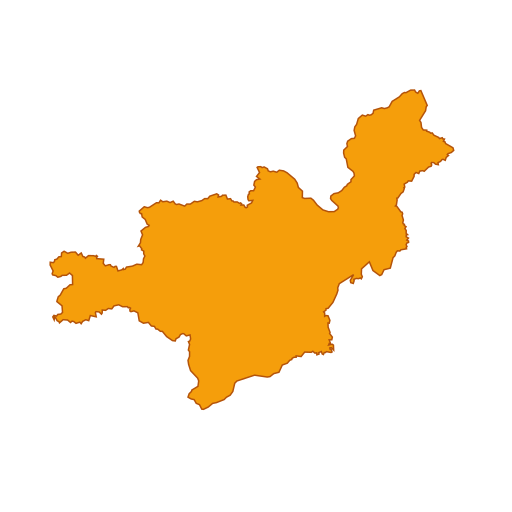 the district of Guiratinga, Mato Grosso, Brazil, rotated 353°
{"feature_id": "56859067B65545118773628", "entity_name": "Guiratinga", "entity_type": "district", "adm_level": 2, "iso_a3": "BRA", "parent_name": "Brazil", "parent_adm1": "Mato Grosso", "projection": "mercator", "projection_center": [-53.603, -16.377], "detail": "fine", "context": "isolated", "style": "filled", "palette": "amber", "viewbox_px": 512, "rotation_deg": 353, "n_neighbors": 0, "source": "geoboundaries", "source_scale": "gbopen_adm2", "svg_char_len": 6097}
<svg xmlns="http://www.w3.org/2000/svg" viewBox="0 0 512 512"><g transform="rotate(353 256 256)"><path d="M318.7,353.0L319.3,351.9L318.4,348.1L321.0,348.4L321.9,345.8L319.6,341.9L320.2,340.9L318.9,335.4L319.3,331.3L320.5,331.6L321.5,328.9L320.2,324.1L318.2,323.6L316.8,324.2L317.2,320.9L316.3,319.7L318.8,318.3L319.1,316.8L321.2,316.7L326.7,311.4L331.5,303.6L333.2,299.9L333.2,297.6L335.3,293.6L350.6,286.4L346.6,291.7L346.8,294.0L349.2,295.1L350.4,292.5L350.3,291.1L352.8,290.5L355.0,291.0L356.9,290.5L357.7,291.5L359.0,289.6L358.3,286.9L359.2,281.6L367.8,275.6L370.3,284.7L376.5,290.5L378.5,289.8L381.4,285.2L387.8,284.4L391.8,274.4L393.8,272.8L395.6,269.4L397.0,268.1L399.4,268.6L400.6,267.5L406.3,267.2L406.1,265.7L407.0,265.1L406.4,263.1L407.2,261.6L409.1,261.1L409.2,259.7L407.6,258.6L409.5,256.8L407.4,255.2L407.7,253.4L409.0,253.3L407.8,251.8L408.2,249.0L407.1,246.8L408.5,245.2L406.9,243.8L407.2,242.7L406.0,241.9L405.8,240.6L406.7,238.3L405.9,233.6L406.7,232.0L406.4,230.4L405.1,229.8L401.8,223.8L400.5,223.3L401.6,222.3L402.9,217.6L402.8,215.8L403.9,215.7L407.5,211.6L409.8,210.3L411.4,207.1L411.1,206.2L412.1,205.7L411.8,202.7L415.3,201.2L416.3,200.0L419.6,200.7L422.6,196.3L422.9,194.2L425.0,192.6L427.6,194.0L428.9,191.7L431.8,191.6L433.3,192.4L438.2,188.7L440.7,188.3L441.5,187.1L441.1,185.4L441.7,184.6L443.9,185.0L445.3,186.7L448.1,187.6L448.0,185.5L450.7,184.6L452.3,183.0L453.4,182.8L455.5,184.1L456.8,181.3L459.3,179.7L458.2,178.7L459.0,177.8L462.4,177.1L465.1,175.3L464.7,172.6L457.9,167.5L457.4,165.6L456.0,165.1L457.3,162.9L455.7,162.5L455.3,161.3L452.4,161.8L451.8,160.6L447.3,157.8L445.9,155.3L444.3,155.4L443.5,154.3L440.6,152.9L440.8,151.9L437.4,151.3L436.0,148.6L436.0,143.6L434.9,141.3L442.0,132.5L443.1,128.7L444.3,127.4L439.8,111.9L438.3,112.0L436.4,114.2L434.5,112.8L433.6,110.6L429.7,110.2L424.7,112.2L423.3,111.8L420.9,112.7L417.7,115.5L410.0,119.1L406.4,124.1L404.5,124.9L401.4,125.3L398.8,124.2L390.6,125.6L389.6,128.6L387.5,129.9L385.7,130.1L384.3,129.3L381.9,130.6L378.7,129.1L374.3,132.0L371.9,137.6L369.8,139.9L368.7,143.3L369.5,148.9L368.0,151.2L365.0,151.1L361.0,153.2L359.9,155.5L360.1,158.5L356.0,161.6L355.5,164.5L356.0,168.8L357.4,170.6L358.0,179.2L362.6,183.8L363.4,185.8L363.4,188.5L359.6,191.7L359.3,193.9L355.4,196.0L354.6,197.4L352.1,198.5L349.1,201.5L345.4,203.3L341.0,203.6L337.6,205.6L337.0,208.1L337.9,210.0L343.5,216.5L343.6,218.3L342.7,219.6L339.0,221.5L333.4,220.9L328.0,218.4L322.9,212.9L319.8,207.6L317.5,205.3L311.2,204.8L309.1,203.7L310.0,197.3L306.4,193.1L305.8,188.7L303.8,184.5L297.0,177.2L293.8,174.9L289.6,173.7L286.8,175.4L283.5,173.9L280.6,174.2L278.5,173.0L278.0,170.8L274.9,168.6L272.8,169.0L271.6,167.9L268.8,167.7L267.9,168.2L269.7,173.6L266.2,177.1L269.2,180.1L265.8,180.3L263.7,181.8L262.5,185.4L263.8,187.5L261.6,190.9L258.7,190.6L257.0,191.6L257.0,193.5L256.0,193.9L255.0,196.2L255.0,199.0L255.6,200.3L259.6,200.4L258.0,202.8L253.5,204.6L253.5,206.3L252.1,206.9L251.2,206.4L250.1,203.9L247.3,203.6L248.1,202.5L247.2,201.4L246.1,201.8L244.0,200.1L240.7,199.7L240.1,198.7L238.7,198.3L237.7,196.0L234.6,196.0L233.5,191.9L230.1,191.6L229.1,192.6L225.6,192.8L226.3,190.9L224.6,189.5L217.4,191.0L215.1,193.2L212.0,192.8L209.0,194.4L204.4,195.1L201.5,194.2L197.1,196.5L193.7,196.0L191.3,197.8L185.9,195.0L183.4,195.2L182.2,194.5L180.5,191.5L177.2,192.5L174.2,190.7L170.1,190.8L168.1,189.0L166.1,191.4L163.7,191.0L156.1,194.7L154.1,194.8L151.1,193.5L145.6,197.2L145.7,198.5L146.4,199.8L147.6,200.0L147.8,203.4L150.5,206.2L151.9,211.2L153.7,212.5L152.9,213.6L149.8,214.1L144.9,217.2L146.0,221.2L143.6,225.5L142.9,228.8L140.4,231.9L141.7,231.7L143.5,234.9L143.1,235.9L145.2,237.5L144.8,240.1L145.7,242.5L144.0,245.1L143.2,248.7L141.4,250.7L136.7,249.6L132.1,251.0L126.1,251.2L124.6,253.1L122.8,253.3L122.7,252.3L121.1,253.4L117.2,254.0L116.2,249.3L114.9,249.1L113.7,250.0L110.9,248.3L110.4,246.9L109.2,246.7L105.2,247.4L103.5,244.7L104.5,240.6L97.6,239.2L97.6,238.0L98.6,237.0L97.6,236.0L96.8,236.8L94.8,235.9L89.8,235.2L86.4,237.4L85.8,236.1L84.1,235.4L82.9,231.7L79.6,233.6L77.3,230.1L72.9,229.7L69.5,230.4L66.1,227.9L63.4,229.3L62.7,232.8L60.2,232.8L58.0,234.8L55.8,235.2L55.2,237.0L54.0,237.9L51.0,237.1L50.6,239.9L52.8,246.1L51.5,248.8L51.9,250.0L55.0,251.1L56.7,252.9L59.8,252.5L61.2,251.6L65.6,252.0L68.9,250.2L71.4,253.0L70.5,262.0L67.9,261.9L63.7,264.9L61.2,265.1L56.9,271.0L54.8,272.3L53.2,275.8L52.8,277.0L57.4,281.8L57.1,288.4L55.1,289.9L52.2,289.8L50.7,291.3L48.2,290.3L46.9,291.7L47.9,294.8L48.7,292.2L49.6,292.9L50.7,295.9L52.6,297.4L52.8,298.4L56.8,295.7L61.2,296.6L63.8,299.4L65.5,298.2L67.2,298.9L69.1,300.9L73.1,300.2L74.2,301.9L75.9,299.8L79.3,298.5L82.1,299.8L84.3,294.9L90.0,296.9L89.7,292.6L90.4,291.7L93.5,292.4L95.5,294.9L96.4,293.8L96.8,290.9L100.1,291.6L103.0,290.1L106.4,290.9L109.0,288.2L113.8,287.7L117.4,290.1L122.2,290.6L122.9,291.8L124.3,291.8L125.1,292.5L124.2,293.9L124.3,295.5L125.1,296.0L128.2,295.6L131.8,298.0L132.2,306.1L136.1,309.0L141.1,308.8L143.6,312.7L146.6,313.5L147.8,316.3L149.5,316.6L151.9,319.1L153.9,319.4L157.5,325.1L162.8,329.8L165.5,330.5L166.5,328.4L169.7,327.1L171.4,324.8L173.6,324.1L174.8,324.3L177.1,326.8L180.9,326.3L181.0,330.4L179.8,332.4L178.5,332.7L179.3,335.7L177.4,341.1L178.4,342.9L177.8,347.6L175.8,351.3L175.9,355.3L177.1,361.8L183.2,370.1L183.9,373.0L182.5,378.3L176.0,381.2L175.4,382.6L172.9,384.5L171.3,387.8L174.2,390.0L177.1,391.0L178.7,394.9L181.8,396.7L183.5,401.4L185.2,401.8L190.2,400.1L195.0,397.0L198.9,396.7L206.9,394.6L209.4,392.6L213.4,391.0L216.5,387.6L219.4,379.7L221.9,377.7L240.0,374.1L252.4,377.5L255.2,377.4L259.3,374.9L264.6,374.2L268.8,367.4L274.0,366.2L276.8,363.6L278.9,363.1L279.2,362.1L281.2,361.2L283.6,361.3L283.7,360.0L288.5,361.3L292.6,357.3L299.1,358.3L300.8,357.5L302.7,359.6L304.4,359.5L304.4,361.5L306.6,361.0L306.6,359.5L309.2,358.8L309.8,361.3L310.9,362.0L312.0,360.1L313.2,360.3L314.2,359.5L318.7,360.9L319.8,360.5L319.2,358.0L318.0,357.3L318.2,356.1L319.7,356.2L321.6,358.8L322.0,353.9L321.0,352.9L318.7,353.0ZM318.7,353.0L317.2,353.2L317.9,352.0L318.7,353.0Z" fill="#f59e0b" stroke="#b45309" stroke-width="1.5"/></g></svg>